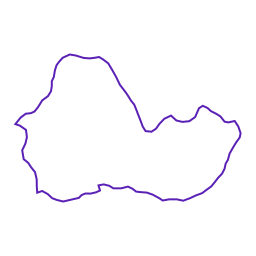 Engenheiro Coelho, São Paulo, Brazil (Robinson projection)
{"feature_id": "56859067B14377814131316", "entity_name": "Engenheiro Coelho", "entity_type": "district", "adm_level": 2, "iso_a3": "BRA", "parent_name": "Brazil", "parent_adm1": "São Paulo", "projection": "robinson", "projection_center": [-47.172, -22.479], "detail": "fine", "context": "isolated", "style": "outline", "palette": "violet", "viewbox_px": 256, "rotation_deg": 0, "n_neighbors": 0, "source": "geoboundaries", "source_scale": "gbopen_adm2", "svg_char_len": 1413}
<svg xmlns="http://www.w3.org/2000/svg" viewBox="0 0 256 256"><path d="M15.4,124.1L19.8,125.6L26.0,129.9L26.9,137.1L25.4,143.6L22.2,150.3L23.7,159.2L28.2,162.8L31.0,167.1L35.0,172.1L36.7,179.4L36.8,186.6L37.2,192.7L42.2,191.0L47.8,194.1L52.2,198.2L56.7,199.9L63.2,201.5L70.1,199.9L74.0,199.0L78.8,197.9L81.7,195.0L85.4,193.5L90.4,193.6L95.8,192.4L100.0,190.5L98.5,185.4L103.7,184.4L109.3,185.8L113.3,188.3L121.3,188.3L128.0,186.6L132.6,188.8L136.1,191.6L140.3,192.1L146.9,192.6L152.6,194.6L159.1,198.1L162.7,200.5L169.3,199.3L176.6,199.3L183.2,200.7L190.0,198.2L195.7,195.5L202.2,193.1L207.0,189.5L211.3,186.4L214.8,182.1L218.1,177.8L222.1,173.6L224.6,168.6L225.7,163.5L227.9,159.9L229.6,153.6L233.4,146.9L236.3,142.2L239.7,137.5L240.6,133.2L238.3,126.5L234.7,121.0L228.5,122.4L224.6,121.7L220.4,116.4L216.1,113.7L210.9,111.1L207.4,107.9L202.8,105.8L199.0,108.2L195.1,117.1L189.3,121.2L182.4,121.9L176.4,120.5L171.0,115.6L164.4,118.7L159.4,123.9L156.0,128.7L151.5,131.7L145.6,131.1L142.8,126.7L140.5,120.5L137.8,113.7L136.1,109.2L134.2,104.6L130.9,100.5L128.6,96.7L125.9,92.6L119.9,84.8L116.1,76.9L113.3,71.9L108.3,63.4L103.3,59.6L99.1,57.0L95.3,57.7L89.6,58.4L83.6,57.9L75.7,55.5L69.8,54.5L62.8,57.7L59.4,61.4L56.6,65.1L54.9,70.4L53.8,77.1L51.8,81.2L51.8,86.0L51.0,91.2L48.0,96.1L42.2,100.4L38.0,107.2L34.5,111.5L30.8,113.2L25.8,113.7L20.6,117.6L15.4,124.1Z" fill="none" stroke="#5b21b6" stroke-width="2"/></svg>